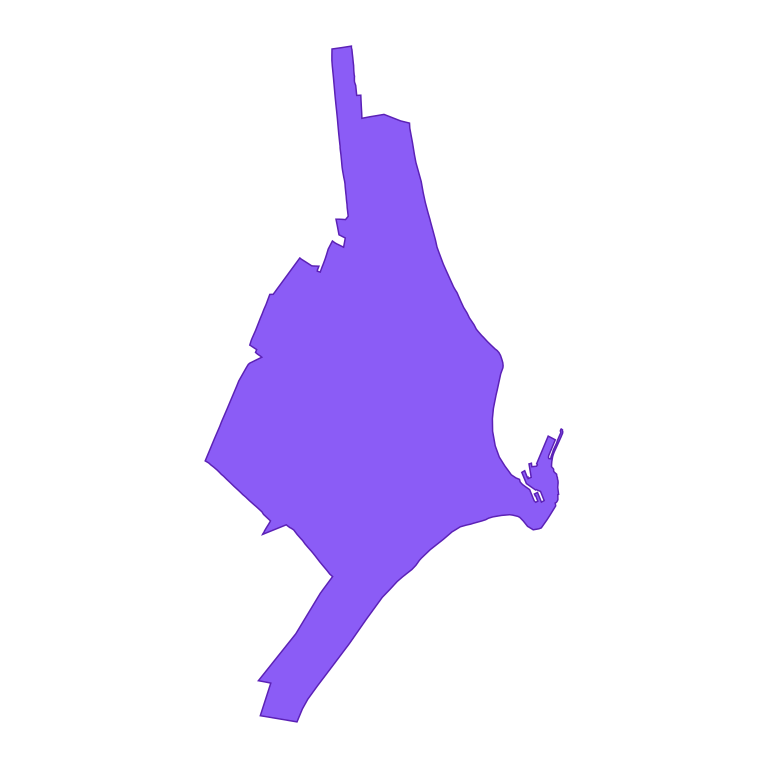 Toamasina I, Atsinanana, Madagascar (Natural Earth projection)
{"feature_id": "10022922B32937301443957", "entity_name": "Toamasina I", "entity_type": "district", "adm_level": 2, "iso_a3": "MDG", "parent_name": "Madagascar", "parent_adm1": "Atsinanana", "projection": "natural_earth1", "projection_center": [49.402, -18.143], "detail": "fine", "context": "isolated", "style": "filled", "palette": "violet", "viewbox_px": 768, "rotation_deg": 0, "n_neighbors": 0, "source": "geoboundaries", "source_scale": "gbopen_adm2", "svg_char_len": 4893}
<svg xmlns="http://www.w3.org/2000/svg" viewBox="0 0 768 768"><path d="M409.5,123.1L400.6,120.9L384.0,114.4L377.6,115.5L370.3,116.7L366.1,117.5L361.9,118.3L361.7,113.0L361.4,107.9L361.0,100.2L360.8,95.2L356.7,95.4L355.7,85.4L354.8,82.9L354.5,81.9L354.4,80.6L354.4,77.8L354.5,76.1L354.2,75.1L353.8,70.8L353.6,65.4L353.2,62.2L352.8,58.0L352.3,53.6L351.9,49.5L351.6,48.6L351.4,47.5L351.4,46.1L341.9,47.6L332.0,49.0L331.9,55.3L331.9,60.6L332.0,61.9L332.3,66.0L333.4,77.1L334.4,88.4L335.1,96.3L335.8,103.4L336.7,111.8L337.4,118.7L338.0,125.6L338.6,132.2L338.7,133.3L339.3,139.1L339.9,144.6L340.1,146.1L340.1,147.8L340.4,150.6L340.9,154.4L341.6,161.7L342.1,167.2L342.6,170.7L343.8,177.4L344.6,181.2L345.0,183.8L345.2,186.8L345.8,193.0L346.2,196.3L346.4,199.2L346.6,201.2L347.0,204.3L347.2,207.8L347.6,211.0L348.2,216.3L345.5,219.6L343.0,219.4L341.1,219.3L338.5,219.2L336.0,219.2L337.3,225.7L339.0,234.8L345.3,238.0L343.6,247.2L339.7,245.3L337.9,244.4L337.0,244.0L335.2,243.0L332.4,241.0L328.2,249.1L326.5,254.8L325.1,259.1L323.4,263.7L322.2,266.7L320.2,272.1L317.3,271.2L317.4,270.0L317.8,269.0L318.9,266.2L313.5,266.0L311.7,265.8L305.5,261.8L302.0,259.6L300.8,258.8L299.8,258.0L273.2,294.3L269.8,294.4L267.9,299.5L266.1,304.4L263.9,309.4L262.1,314.1L260.2,318.6L258.5,323.0L255.5,330.6L252.3,337.8L251.3,340.2L249.8,345.1L256.7,349.6L255.5,352.4L257.1,353.8L258.8,355.0L260.6,356.2L261.8,357.2L250.2,362.9L249.4,363.4L249.0,363.8L248.3,364.4L247.5,365.7L246.0,368.2L238.8,380.9L236.8,385.9L231.3,398.9L227.1,408.9L221.4,422.1L219.8,426.3L214.4,438.8L209.0,451.8L205.2,460.9L207.1,462.0L208.0,462.5L209.0,463.2L210.0,464.1L210.7,464.8L213.7,467.1L215.2,468.4L217.3,470.2L219.6,472.5L221.3,474.3L223.6,476.2L226.4,479.0L229.9,482.3L234.0,486.3L236.2,488.3L238.8,490.7L240.8,492.6L242.8,494.6L243.9,495.5L246.0,497.3L247.1,498.4L249.5,500.7L254.7,505.3L255.9,506.3L261.9,511.8L263.6,514.5L264.3,515.1L267.7,518.3L270.5,520.9L269.8,522.2L268.5,524.4L267.1,526.6L265.8,528.7L265.3,529.7L264.8,530.3L264.3,531.4L264.0,532.2L263.0,533.6L262.6,534.4L286.3,524.8L287.6,525.9L288.8,526.8L289.7,527.5L291.1,528.2L293.7,529.9L297.1,534.4L301.0,538.8L302.6,540.5L305.0,543.9L305.7,544.7L308.1,547.5L311.4,551.2L314.8,555.4L317.2,558.5L319.8,561.9L323.3,566.1L326.5,569.9L327.4,571.0L328.7,572.7L329.9,574.2L332.6,576.6L323.8,588.5L320.3,593.3L295.8,633.8L258.4,680.7L264.9,681.9L270.8,683.1L260.3,715.7L297.0,721.9L302.4,708.9L307.8,699.2L317.2,686.2L335.3,662.3L349.3,643.7L366.3,619.3L382.3,597.3L390.1,589.2L397.2,581.5L402.5,576.9L406.4,573.8L411.9,569.5L415.9,565.3L419.5,560.2L420.8,558.8L421.1,558.4L430.3,549.6L443.5,539.2L452.1,531.8L452.8,531.4L455.3,529.9L460.3,526.8L466.3,525.1L470.8,524.1L473.3,523.3L477.3,522.2L482.0,520.9L485.7,519.7L488.5,518.2L492.8,516.9L501.6,515.4L509.7,514.7L512.6,515.1L517.9,516.4L519.8,517.4L523.3,521.0L527.6,526.4L528.7,527.0L533.2,529.8L538.9,528.8L541.3,527.9L547.0,519.8L549.9,515.3L555.7,505.9L555.2,503.0L556.4,502.4L557.5,500.7L557.9,499.6L557.8,494.6L558.6,494.4L557.7,487.3L558.1,482.9L558.0,480.8L557.5,479.1L557.4,477.6L556.8,476.0L556.6,474.2L554.9,472.7L553.7,471.4L553.6,469.2L553.1,468.5L551.5,466.7L551.6,464.2L551.8,461.7L552.0,460.4L552.6,456.8L553.2,454.7L554.2,452.0L556.5,447.0L561.2,436.6L561.9,434.8L562.5,433.6L562.7,432.4L562.8,431.8L562.5,431.2L562.4,430.5L562.5,429.9L561.4,429.0L561.0,429.1L560.4,430.5L560.4,431.3L560.7,432.0L560.8,432.5L560.7,433.0L559.9,434.7L557.5,440.3L556.5,443.3L553.2,450.3L553.1,450.9L552.8,451.9L551.2,456.2L550.7,458.8L548.9,458.6L548.5,457.9L548.5,456.9L548.6,455.8L555.3,439.8L548.2,436.1L536.6,463.8L537.3,464.3L537.4,464.9L536.5,466.2L534.7,466.4L531.8,466.7L531.4,463.2L529.8,463.7L529.0,463.9L530.6,473.7L531.2,477.3L528.2,478.6L528.0,477.1L527.3,477.4L524.7,470.7L522.6,471.9L521.8,472.4L526.2,483.1L526.4,483.6L535.6,490.0L536.2,489.6L539.7,491.1L540.5,491.4L541.3,493.3L543.3,498.4L544.2,500.6L541.4,502.1L540.1,498.8L537.5,492.5L534.4,494.0L535.3,495.9L535.7,495.8L536.7,498.4L537.8,501.2L535.7,502.3L534.2,500.9L530.7,492.3L529.7,489.7L528.6,488.9L525.3,486.6L524.4,485.9L522.5,484.5L520.9,482.8L520.1,481.8L519.5,479.4L515.9,477.9L511.3,474.8L508.5,470.9L505.0,466.2L499.3,457.1L495.2,445.8L493.8,437.9L492.6,431.2L492.4,418.7L493.4,408.5L493.6,407.4L496.1,394.8L497.3,389.7L500.7,373.9L501.8,370.8L502.9,367.8L503.1,365.8L502.8,362.7L501.9,359.5L500.5,355.4L499.6,353.8L499.0,352.7L497.2,350.6L495.0,348.9L490.7,344.8L487.5,341.7L483.1,336.9L482.9,336.8L481.3,335.1L478.5,331.9L476.3,329.2L474.0,324.7L469.4,317.9L467.1,313.1L463.6,307.4L461.1,302.0L458.8,296.8L457.1,292.8L455.2,289.8L453.5,286.8L446.1,270.4L443.3,264.1L438.7,251.8L437.0,247.1L435.4,239.8L432.6,229.4L430.3,221.0L430.1,220.0L427.9,212.3L425.3,202.5L423.2,192.7L421.2,181.5L420.8,180.1L418.2,170.7L415.9,162.5L414.7,156.1L414.4,154.5L412.5,142.8L409.8,128.3L409.5,123.1Z" fill="#8b5cf6" stroke="#5b21b6" stroke-width="1.5"/></svg>